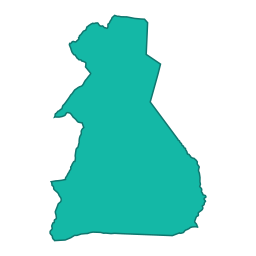 outline of Yamaranguila, Intibucá, Honduras
{"feature_id": "27666195B33223985620442", "entity_name": "Yamaranguila", "entity_type": "district", "adm_level": 2, "iso_a3": "HND", "parent_name": "Honduras", "parent_adm1": "Intibucá", "projection": "natural_earth1", "projection_center": [-88.263, 14.28], "detail": "fine", "context": "isolated", "style": "filled", "palette": "teal", "viewbox_px": 256, "rotation_deg": 0, "n_neighbors": 0, "source": "geoboundaries", "source_scale": "gbopen_adm2", "svg_char_len": 5605}
<svg xmlns="http://www.w3.org/2000/svg" viewBox="0 0 256 256"><path d="M150.2,102.0L158.2,73.3L160.5,64.1L146.2,54.4L147.6,22.7L144.5,19.2L140.9,19.0L134.5,18.4L126.9,16.9L121.6,16.8L120.7,16.7L119.8,16.5L118.9,16.3L117.3,16.3L115.3,15.6L114.6,15.4L114.2,15.8L112.7,17.1L112.2,17.5L111.8,18.3L111.6,19.1L110.3,21.0L109.1,23.5L108.4,23.8L108.0,24.2L107.9,24.7L108.0,26.5L107.6,27.7L107.2,28.2L106.9,28.3L105.5,27.8L104.5,27.7L103.6,26.9L103.3,26.4L102.3,25.9L101.0,26.2L100.7,26.1L100.4,26.0L99.8,25.6L98.8,24.6L98.0,23.2L97.6,23.0L97.1,22.9L96.1,23.1L95.9,23.0L94.5,23.4L93.7,23.5L93.4,23.5L93.1,23.3L92.9,23.2L91.5,23.9L91.1,24.0L89.9,24.9L88.7,25.6L87.6,26.6L87.1,26.8L86.9,27.0L86.7,27.3L86.7,27.8L86.5,28.4L85.7,30.2L84.0,30.9L83.3,31.3L82.5,32.4L80.8,34.7L80.1,35.2L79.5,35.7L79.4,36.2L79.5,36.6L79.4,36.9L79.2,37.1L78.8,37.4L78.6,37.6L78.6,37.9L78.8,38.2L78.9,38.5L78.9,38.9L78.9,39.0L77.6,40.2L77.0,40.7L76.2,41.6L75.8,41.9L75.2,41.9L74.1,41.7L73.4,41.4L73.1,41.4L72.2,41.8L70.6,43.6L70.1,43.8L69.7,43.5L69.4,44.2L69.4,45.0L69.6,45.3L70.1,46.7L70.8,48.3L70.9,48.7L71.1,49.6L71.9,51.8L72.4,52.8L73.0,53.4L73.3,54.0L73.8,54.6L74.3,54.8L75.0,54.9L76.6,57.2L76.8,57.8L77.1,58.0L77.5,58.3L79.0,59.8L80.4,59.8L80.8,59.9L81.2,60.2L81.5,60.8L81.8,61.0L83.0,61.3L84.7,62.0L85.7,62.7L85.8,62.8L85.9,63.5L85.8,65.4L85.5,66.9L90.7,73.3L90.5,74.0L89.8,75.0L88.8,76.1L86.4,79.3L85.4,80.3L84.1,82.5L83.4,84.0L82.2,85.6L81.4,86.2L79.7,86.7L77.9,87.7L77.0,88.4L75.8,89.2L74.9,89.8L74.3,90.5L73.8,91.2L73.0,92.4L72.4,93.3L71.9,93.9L70.8,94.9L68.9,97.9L65.6,102.5L64.1,104.4L63.0,105.4L62.6,106.2L61.9,108.8L60.7,109.4L59.0,110.9L58.4,111.1L57.9,111.3L56.8,112.7L55.9,113.6L55.5,113.7L55.3,114.0L55.2,114.2L55.1,115.5L54.9,116.3L54.5,117.2L55.1,117.0L55.8,116.9L57.1,117.1L57.5,117.0L58.2,117.0L58.9,117.1L60.6,116.8L62.2,116.5L64.3,115.7L65.1,115.2L65.4,114.8L66.3,113.2L66.5,112.9L66.8,112.8L67.4,112.6L68.0,112.6L70.0,113.1L70.4,113.4L71.4,114.5L73.3,117.3L73.9,117.7L75.8,119.4L77.3,121.3L77.8,121.8L78.3,122.1L79.0,122.3L80.1,122.5L81.3,122.8L82.1,122.8L83.8,127.6L83.5,127.9L82.9,128.3L82.6,128.6L81.9,129.6L81.4,130.6L81.2,131.4L81.3,132.6L81.2,134.0L80.9,134.8L80.4,135.5L80.2,135.9L79.8,136.9L79.5,137.9L79.3,139.0L79.2,140.4L79.1,141.1L79.2,142.0L79.2,142.4L78.6,144.5L78.2,146.5L77.9,147.1L77.4,147.8L77.2,148.0L76.7,148.2L76.6,148.4L76.3,148.9L76.1,149.4L75.7,151.8L75.2,155.5L75.2,156.1L75.4,157.4L75.4,158.3L75.2,160.1L75.0,161.1L74.9,161.3L74.8,161.5L74.6,161.5L74.2,161.4L74.0,161.5L73.5,162.0L73.1,162.7L72.2,164.2L71.5,166.0L70.8,166.9L70.7,167.1L70.7,167.4L70.9,168.1L70.9,168.4L70.8,168.7L70.7,169.1L70.2,170.0L69.4,171.1L69.2,171.5L69.1,172.1L69.0,172.4L68.7,172.7L68.1,173.4L66.9,175.9L66.3,176.7L65.8,177.4L65.5,178.1L65.4,178.7L65.4,179.2L65.5,179.5L61.5,180.3L58.3,180.7L55.7,180.9L51.2,181.7L51.4,182.0L51.6,182.4L51.9,183.9L52.0,185.1L52.1,185.4L52.9,186.0L53.3,186.5L53.5,186.9L53.7,187.8L53.7,188.7L53.8,189.0L54.4,189.8L57.6,192.6L58.0,193.1L58.7,194.3L59.1,195.4L60.8,197.9L61.1,198.7L61.2,199.6L61.2,200.1L61.1,200.7L60.9,201.2L60.6,201.7L60.3,202.1L58.4,203.7L58.2,204.0L57.8,205.1L57.2,206.8L55.4,211.3L55.3,211.7L55.3,212.0L55.5,213.3L56.0,214.8L56.4,217.8L56.3,218.5L56.1,218.8L54.7,219.8L54.4,220.1L54.3,220.8L54.3,222.0L54.3,222.4L54.2,222.6L53.6,222.6L53.4,222.7L52.9,223.0L52.7,223.3L52.5,224.2L52.0,225.1L51.8,225.9L51.8,226.5L52.2,228.2L52.2,228.6L51.9,229.2L50.4,231.0L50.2,231.2L50.1,231.8L50.1,232.9L50.1,233.2L50.3,233.6L50.7,234.2L51.7,235.3L52.3,236.2L52.4,236.6L52.4,237.2L52.5,237.7L52.8,238.4L53.0,238.8L53.2,239.1L54.0,239.7L54.3,240.2L54.5,240.6L65.2,240.0L70.8,237.7L74.5,235.4L76.9,235.4L78.2,235.0L81.2,234.0L85.3,233.6L87.5,233.5L90.1,232.6L92.9,232.1L100.7,232.4L103.5,233.2L105.9,233.1L111.1,233.6L114.6,233.3L122.8,233.7L172.4,235.6L179.5,232.9L179.9,233.3L180.1,233.3L181.1,233.2L183.0,232.7L183.8,232.1L184.7,230.9L185.4,230.2L187.0,229.6L188.6,228.8L189.6,228.2L190.3,227.5L190.7,227.4L192.1,227.0L193.9,226.8L196.1,226.8L196.8,226.9L197.4,227.1L197.6,227.1L197.6,226.9L197.4,226.8L197.2,226.6L197.1,225.7L196.4,224.0L195.1,222.6L194.9,222.3L194.7,221.5L194.8,220.9L195.7,218.5L195.9,217.6L196.0,217.4L196.2,217.2L196.4,216.8L196.6,216.5L198.0,215.8L198.3,215.4L198.4,215.1L198.4,214.7L198.2,213.1L198.3,212.8L199.5,211.7L200.7,210.9L201.5,210.3L202.2,209.6L202.7,208.7L202.8,208.3L202.8,207.8L202.7,207.1L202.4,206.5L202.3,206.1L202.9,205.5L203.6,205.1L204.0,204.7L204.2,204.1L204.3,203.1L204.5,202.4L204.9,202.0L205.3,201.6L205.5,201.3L205.4,201.0L204.2,199.5L204.1,199.1L204.1,198.7L204.5,197.9L205.1,197.7L205.6,197.5L205.8,197.2L205.9,196.9L205.8,196.3L205.4,195.6L204.9,195.4L203.1,194.8L202.9,194.6L202.6,193.4L202.2,192.8L201.7,192.3L201.5,191.8L201.5,191.1L201.7,189.8L201.7,189.3L201.6,188.9L201.1,188.2L200.0,186.9L199.7,186.5L199.7,186.2L199.8,185.9L200.4,184.6L200.4,184.3L200.3,183.4L200.0,182.3L199.9,181.3L200.0,177.5L199.4,173.5L199.2,172.7L198.6,171.3L198.5,170.6L198.6,169.5L199.1,167.4L199.2,167.1L199.1,166.7L198.8,166.2L197.9,165.0L197.3,164.1L197.2,163.5L197.3,161.9L196.3,160.4L194.2,158.5L194.0,158.3L192.4,158.1L191.7,157.5L190.8,157.1L190.6,156.7L190.3,156.0L189.4,155.1L189.2,154.6L188.6,154.2L187.9,154.2L187.5,154.0L187.3,153.6L187.2,152.9L186.9,151.8L186.3,150.7L185.6,149.8L185.5,148.6L185.4,148.3L185.2,148.2L184.8,148.2L184.3,148.0L183.8,147.2L183.6,146.6L183.4,146.1L182.4,145.6L182.2,145.4L181.9,144.9L181.6,144.0L181.3,143.5L181.0,143.2L180.4,142.7L180.1,142.3L179.8,141.9L179.6,141.2L179.2,140.7L178.9,140.5L178.5,140.4L178.3,140.3L177.8,139.2L150.2,102.0Z" fill="#14b8a6" stroke="#0f766e" stroke-width="1.5"/></svg>